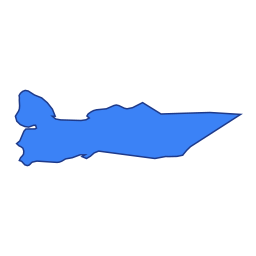 Suðurnes, Natural Earth projection
{"feature_id": "ISL-704", "entity_name": "Suðurnes", "entity_type": "Independent Town", "adm_level": 1, "iso_a3": "ISL", "parent_name": "Iceland", "parent_adm1": "", "projection": "natural_earth1", "projection_center": [-22.463, 63.949], "detail": "fine", "context": "isolated", "style": "filled", "palette": "blue", "viewbox_px": 256, "rotation_deg": 0, "n_neighbors": 0, "source": "natural_earth", "source_scale": "10m", "svg_char_len": 1113}
<svg xmlns="http://www.w3.org/2000/svg" viewBox="0 0 256 256"><path d="M182.7,155.2L177.0,156.4L168.5,156.6L165.6,156.5L154.9,158.5L98.6,151.1L94.2,152.9L90.4,156.2L86.5,158.5L82.0,156.6L85.0,154.8L80.1,154.8L72.3,157.7L65.6,158.9L61.7,161.2L59.3,162.1L57.1,162.4L36.9,161.1L32.3,162.1L31.3,162.9L30.2,164.1L28.9,165.2L27.3,165.6L24.8,164.8L21.6,161.3L19.3,160.5L20.6,157.7L22.2,156.0L23.5,154.2L23.8,151.1L22.9,148.2L21.2,146.9L19.0,145.8L16.6,143.6L19.8,140.9L24.0,131.1L25.9,129.0L35.1,128.9L36.5,128.1L35.6,125.3L33.5,125.3L28.7,127.1L24.7,126.5L20.3,124.6L16.8,121.2L15.4,116.2L18.6,111.0L19.4,108.8L19.6,105.8L19.3,100.1L19.4,97.7L19.1,95.5L20.4,93.3L22.6,91.4L25.2,90.4L28.2,91.0L34.5,95.0L41.7,97.9L47.3,102.7L52.4,109.2L55.2,116.2L52.3,116.2L55.7,119.0L60.7,119.9L81.0,120.5L86.0,119.8L89.2,118.0L86.9,116.0L88.2,113.9L91.0,111.9L93.5,110.6L96.5,109.8L106.4,108.8L114.0,105.5L116.3,105.0L118.9,105.6L124.3,108.2L127.0,108.8L132.5,107.7L142.6,102.6L161.0,114.0L182.9,113.3L209.9,112.5L240.6,114.4L190.5,146.6L186.8,150.2L182.7,155.1L182.7,155.2Z" fill="#3b82f6" stroke="#1e3a8a" stroke-width="1.5"/></svg>